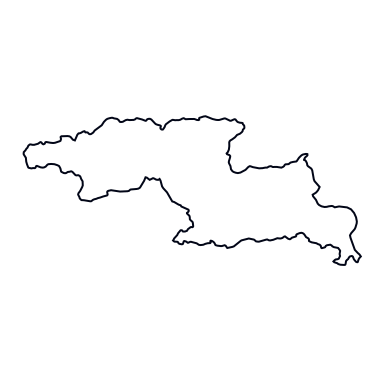 SVG path tracing the border of Chiang Mai, rotated 89°
{"feature_id": "THA-390", "entity_name": "Chiang Mai", "entity_type": "Province", "adm_level": 1, "iso_a3": "THA", "parent_name": "Thailand", "parent_adm1": "", "projection": "robinson", "projection_center": [98.763, 18.701], "detail": "fine", "context": "isolated", "style": "outline", "palette": "ink", "viewbox_px": 384, "rotation_deg": 89, "n_neighbors": 0, "source": "natural_earth", "source_scale": "10m", "svg_char_len": 6033}
<svg xmlns="http://www.w3.org/2000/svg" viewBox="0 0 384 384"><g transform="rotate(89 192 192)"><path d="M238.1,34.8L240.6,34.3L252.7,30.2L256.0,27.2L257.3,25.7L259.4,24.3L261.2,26.0L262.5,26.7L264.7,27.4L265.0,27.6L265.1,28.1L264.6,29.3L262.1,31.3L259.6,32.2L259.0,32.7L258.8,33.7L259.3,35.4L260.2,36.2L261.8,37.1L262.7,38.3L263.8,39.2L266.6,39.7L267.3,40.0L267.5,40.3L267.6,41.1L267.3,44.9L266.6,47.0L265.8,47.9L264.7,51.0L263.9,51.8L262.6,50.5L262.0,49.6L261.7,47.4L261.2,46.4L258.6,45.1L256.6,45.5L253.5,44.9L252.8,45.2L250.5,46.9L249.6,51.1L249.1,52.0L248.8,52.6L247.9,53.3L247.1,54.7L247.6,58.0L248.2,59.1L249.5,59.9L249.7,60.3L250.4,63.1L250.3,63.5L249.5,63.9L247.9,64.3L246.9,65.3L246.4,66.8L245.4,68.5L244.4,73.3L243.2,75.7L242.9,75.9L241.3,75.9L240.4,76.5L239.1,78.7L236.6,80.3L235.6,81.2L235.0,82.2L234.7,83.4L235.0,85.2L236.1,88.0L236.5,88.4L237.8,88.6L238.3,89.0L239.4,92.8L240.7,94.4L240.9,94.8L240.9,95.3L240.4,96.7L238.0,99.8L238.2,100.6L239.5,102.4L240.0,104.0L240.0,105.2L239.7,107.5L241.2,111.6L241.8,114.8L241.6,116.0L240.8,117.6L240.9,118.6L242.8,125.8L242.8,126.5L242.7,127.8L242.4,129.0L240.9,130.5L240.6,131.2L239.5,136.0L239.7,136.9L241.2,143.2L241.6,144.0L247.1,151.1L247.6,152.6L248.6,157.7L246.3,159.3L245.8,160.3L246.6,163.2L246.6,164.0L246.1,167.6L245.5,169.4L243.3,170.5L242.3,171.4L241.4,172.7L241.0,174.0L241.4,174.5L242.2,174.5L242.8,174.2L243.4,174.7L243.5,177.2L244.1,179.7L244.9,181.5L245.1,183.0L245.2,184.7L244.9,186.1L243.4,188.2L241.8,193.8L241.8,194.7L242.5,196.3L242.7,196.9L242.6,197.3L241.6,198.4L240.9,200.3L241.0,200.8L241.2,201.1L243.5,201.9L243.9,202.2L244.1,203.0L243.7,205.2L243.1,206.3L241.9,206.9L241.5,207.6L241.3,210.4L240.8,211.2L240.1,211.8L239.6,211.3L238.2,210.7L234.8,207.5L233.1,206.7L230.1,204.1L230.1,202.8L231.4,201.6L231.4,199.7L230.7,197.7L229.1,196.7L227.2,194.1L227.0,193.4L227.2,192.3L226.9,191.7L226.2,191.4L222.9,191.7L221.8,192.1L220.2,193.9L219.2,194.6L217.0,194.7L215.8,195.0L213.4,197.4L212.8,197.4L212.0,196.3L211.2,195.7L210.3,195.6L209.6,195.9L206.3,202.9L205.1,203.6L204.4,205.6L201.7,210.0L201.1,211.9L191.9,217.0L187.8,220.6L185.9,221.8L180.0,223.3L178.4,224.2L179.2,225.3L179.2,226.7L178.8,228.1L178.0,229.3L177.5,230.7L179.1,234.1L176.8,237.0L176.5,238.2L180.0,239.7L186.5,243.8L187.0,244.3L187.7,245.6L188.0,247.3L188.4,253.1L188.6,253.7L189.8,255.1L190.1,256.5L190.3,263.9L188.8,272.9L189.3,275.3L189.6,276.1L190.0,276.6L190.7,276.8L193.0,276.4L193.4,276.5L194.0,277.1L194.9,280.8L195.9,283.8L196.5,286.3L197.1,287.7L197.6,289.9L198.2,291.3L199.1,292.4L199.5,293.1L199.5,294.0L198.3,300.4L198.2,302.4L197.9,303.0L196.5,304.3L194.8,304.8L193.1,305.7L192.4,305.9L191.2,305.5L189.0,303.8L185.1,301.7L183.5,301.1L179.4,301.2L177.2,302.5L174.7,303.4L173.9,304.1L173.2,305.5L173.4,307.1L173.1,308.2L169.9,311.1L169.5,311.7L169.2,312.5L169.6,314.0L169.8,315.8L170.9,317.7L171.0,318.6L170.8,319.9L169.5,322.3L169.2,322.5L166.1,323.2L163.8,324.4L162.9,326.0L161.8,329.1L161.5,332.4L161.7,335.2L162.3,336.2L164.1,337.9L164.9,339.7L165.0,341.1L164.7,342.9L163.2,346.6L163.4,347.3L165.1,348.2L165.4,348.8L165.3,350.5L165.6,352.2L165.0,354.7L164.6,355.3L161.4,356.5L158.8,357.2L154.9,357.5L151.8,359.4L151.0,359.7L149.2,359.5L147.4,357.8L145.8,356.8L144.9,355.8L142.8,354.8L141.7,353.4L141.6,352.4L142.0,350.9L142.1,349.1L141.1,345.2L139.5,342.8L139.5,342.3L139.9,341.7L141.2,340.7L141.6,340.1L141.7,339.6L141.2,338.5L139.7,337.7L139.5,337.2L139.5,336.6L140.3,332.6L140.6,330.0L140.4,328.1L138.9,323.3L138.5,322.6L136.7,322.0L135.3,322.4L134.5,322.3L134.0,321.5L133.9,315.4L134.2,313.6L134.9,312.4L137.6,310.2L138.4,308.2L132.7,305.6L131.4,304.4L131.4,303.4L130.8,301.8L129.8,300.1L129.3,298.6L129.4,298.3L130.4,297.7L130.6,297.3L130.5,296.3L130.7,295.3L132.3,293.7L132.4,293.3L132.4,292.3L132.1,291.6L130.8,289.7L128.8,288.2L123.7,281.1L120.3,278.8L118.3,276.8L117.4,275.4L116.8,273.3L116.4,271.3L116.4,270.2L117.0,268.7L117.6,265.7L118.7,264.2L120.5,263.0L120.8,261.9L120.6,260.0L119.0,257.1L118.6,255.4L119.0,253.2L118.9,249.1L118.4,247.7L117.5,246.7L117.3,246.2L117.2,245.7L118.6,240.7L120.0,237.3L119.8,236.5L118.5,235.5L118.1,234.3L118.1,232.8L118.8,231.4L123.0,227.6L123.5,227.0L124.1,225.6L124.9,222.7L125.3,222.1L125.9,222.0L127.3,222.5L128.1,222.3L128.8,221.6L129.1,220.9L129.0,220.0L128.4,219.5L126.7,218.3L124.9,217.6L123.9,217.0L121.1,213.2L119.7,210.7L119.5,210.0L119.9,207.8L119.9,203.9L119.5,202.3L118.7,201.0L118.1,199.4L118.1,198.9L119.1,197.2L119.1,196.6L119.0,193.8L119.0,189.2L119.1,188.2L120.1,185.7L120.2,184.1L119.8,183.5L118.6,183.6L118.0,183.3L116.7,179.0L116.5,177.1L119.4,170.1L120.3,166.6L120.5,164.6L120.4,163.3L119.0,158.4L119.1,157.3L121.4,152.7L121.4,151.7L120.0,148.4L120.0,147.9L120.3,147.2L122.2,145.8L122.9,144.9L123.5,143.1L123.8,140.7L124.0,140.2L125.2,139.9L126.2,138.9L126.8,138.6L128.6,138.5L129.3,138.7L130.5,140.0L132.1,140.4L133.0,141.1L134.6,143.1L135.7,145.9L138.1,148.1L140.0,150.8L141.1,152.7L141.9,153.5L142.9,153.9L146.9,153.9L150.3,154.4L152.7,155.5L154.0,156.7L154.8,156.3L155.8,153.9L156.7,153.2L157.5,153.2L158.7,153.5L161.7,154.5L162.9,154.7L164.1,154.4L166.7,153.1L170.0,152.6L172.0,151.1L172.8,149.8L173.5,147.9L173.9,145.8L173.4,143.2L170.8,138.1L168.0,135.3L167.2,133.9L167.3,133.1L168.2,130.7L169.5,124.5L169.4,121.2L168.9,118.3L168.9,116.5L167.8,114.4L167.6,113.2L167.6,112.5L168.4,110.8L168.4,106.8L169.2,102.2L168.4,100.4L167.7,99.5L166.5,98.8L166.0,98.1L165.8,94.9L164.3,93.0L163.7,90.5L163.3,87.2L162.9,86.7L159.6,84.4L157.4,82.1L156.6,80.8L156.3,79.7L155.9,77.4L156.1,76.0L157.2,75.9L158.1,76.6L158.8,77.6L159.9,78.6L161.6,79.4L162.0,79.3L162.1,78.5L163.2,77.5L165.2,76.6L167.4,76.2L168.2,75.6L170.7,72.3L172.5,71.4L181.4,70.0L183.3,69.3L189.2,64.3L192.2,65.8L193.6,66.9L194.9,68.2L196.8,71.4L198.4,71.0L202.0,68.2L205.8,66.5L207.2,65.2L208.6,62.7L209.3,59.8L209.2,57.6L208.7,55.4L208.4,52.6L208.6,51.5L209.8,49.5L209.0,45.2L210.1,37.2L212.1,33.3L215.8,30.3L220.2,28.4L224.3,27.7L226.3,27.9L230.4,29.2L232.1,30.1L236.0,33.6L238.1,34.8Z" fill="none" stroke="#020617" stroke-width="2"/></g></svg>